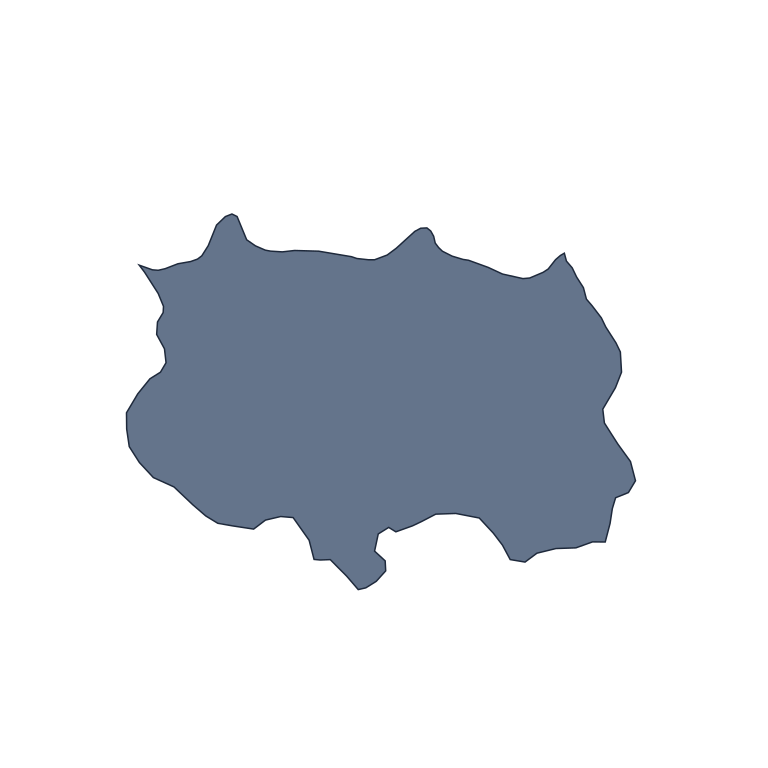 Hwaphyong, Chagang-do, North Korea, rotated 301°
{"feature_id": "82179303B2578505364646", "entity_name": "Hwaphyong", "entity_type": "district", "adm_level": 2, "iso_a3": "PRK", "parent_name": "North Korea", "parent_adm1": "Chagang-do", "projection": "robinson", "projection_center": [126.952, 41.219], "detail": "fine", "context": "isolated", "style": "filled", "palette": "slate", "viewbox_px": 768, "rotation_deg": 301, "n_neighbors": 0, "source": "geoboundaries", "source_scale": "gbopen_adm2", "svg_char_len": 1683}
<svg xmlns="http://www.w3.org/2000/svg" viewBox="0 0 768 768"><g transform="rotate(301 384 384)"><path d="M204.3,351.7L206.3,352.5L217.2,363.7L222.7,374.9L211.5,400.3L197.6,414.4L200.3,420.0L205.8,428.4L202.9,439.7L200.1,450.9L194.5,467.8L199.9,473.4L210.9,479.0L224.7,481.7L233.0,476.1L235.9,462.0L252.5,456.3L263.5,461.9L263.4,470.3L277.1,481.5L285.4,487.0L299.1,495.4L310.0,512.2L318.2,534.7L312.5,554.4L306.9,568.5L298.5,582.6L304.0,596.6L317.7,602.2L331.5,616.1L342.4,632.9L356.1,644.1L362.5,655.0L380.9,649.6L394.8,643.9L405.8,641.1L416.8,649.4L430.6,649.4L444.5,635.2L452.9,615.5L458.5,604.2L464.1,593.0L475.1,584.5L486.2,584.4L500.0,584.3L516.5,581.5L533.2,570.1L538.7,561.7L547.1,544.7L552.6,536.3L558.2,522.2L561.0,513.8L569.3,505.3L574.9,494.0L580.5,485.5L583.3,477.1L589.0,471.2L585.0,469.0L578.9,467.0L567.1,465.5L561.7,462.9L549.9,454.3L545.9,448.8L539.3,429.0L537.6,413.2L533.6,392.7L531.5,387.6L528.7,376.6L527.9,365.7L529.1,360.5L531.2,355.3L536.2,350.5L539.2,345.3L539.9,340.4L536.4,335.2L530.7,331.8L506.7,324.6L496.2,320.3L485.6,311.9L482.5,306.7L477.6,296.1L476.4,290.6L464.2,259.6L452.4,238.6L444.9,228.8L439.5,218.4L437.6,213.3L436.2,202.6L436.9,192.0L451.9,171.8L451.4,166.1L445.8,161.8L434.0,158.6L412.0,162.1L400.0,161.8L395.0,159.8L389.4,155.2L380.9,145.4L370.1,137.0L365.2,131.9L362.6,126.7L359.8,113.0L356.5,121.2L350.9,132.5L345.3,143.8L337.0,155.0L331.5,157.9L320.5,157.9L309.4,163.6L301.1,177.7L290.0,186.2L279.0,186.3L268.0,180.7L248.8,178.0L226.7,178.1L212.9,186.6L199.1,197.9L190.7,214.8L185.0,234.5L187.6,257.0L182.0,282.3L179.1,299.2L179.0,313.3L184.4,327.3L192.5,347.0L204.3,351.7Z" fill="#64748b" stroke="#1e293b" stroke-width="1.5"/></g></svg>